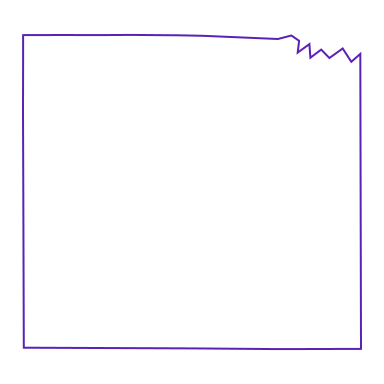 outline of Warren, Iowa, United States of America
{"feature_id": "52423323B43281818632829", "entity_name": "Warren", "entity_type": "district", "adm_level": 2, "iso_a3": "USA", "parent_name": "United States of America", "parent_adm1": "Iowa", "projection": "robinson", "projection_center": [-93.528, 41.336], "detail": "fine", "context": "isolated", "style": "outline", "palette": "violet", "viewbox_px": 384, "rotation_deg": 0, "n_neighbors": 0, "source": "geoboundaries", "source_scale": "gbopen_adm2", "svg_char_len": 413}
<svg xmlns="http://www.w3.org/2000/svg" viewBox="0 0 384 384"><path d="M361.0,348.9L360.3,53.9L351.3,61.8L342.7,48.5L329.4,58.0L321.2,49.6L310.4,57.7L309.4,44.1L297.7,52.6L299.1,40.8L291.4,35.5L277.9,39.0L202.9,35.8L178.7,35.3L129.4,34.9L118.9,35.0L90.6,35.1L65.9,35.0L23.1,35.1L23.1,64.0L23.0,112.6L23.3,191.2L23.8,347.7L193.1,348.4L277.7,349.1L361.0,348.9Z" fill="none" stroke="#5b21b6" stroke-width="2"/></svg>